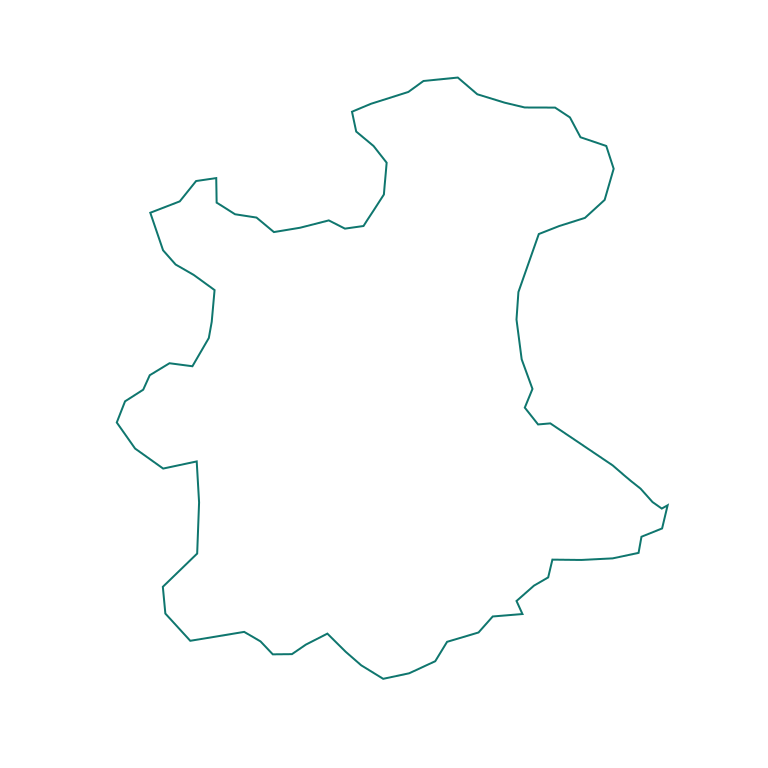 Kukës, Kukës, Albania (Robinson projection), rotated 78°
{"feature_id": "67620474B92464717887955", "entity_name": "Kukës", "entity_type": "district", "adm_level": 2, "iso_a3": "ALB", "parent_name": "Albania", "parent_adm1": "Kukës", "projection": "robinson", "projection_center": [20.374, 41.987], "detail": "fine", "context": "isolated", "style": "outline", "palette": "teal", "viewbox_px": 768, "rotation_deg": 78, "n_neighbors": 0, "source": "geoboundaries", "source_scale": "gbopen_adm2", "svg_char_len": 1375}
<svg xmlns="http://www.w3.org/2000/svg" viewBox="0 0 768 768"><g transform="rotate(78 384 384)"><path d="M111.0,358.7L131.3,358.7L149.1,344.7L157.7,340.5L168.1,335.4L178.3,338.5L189.3,341.9L198.6,344.7L212.1,358.1L220.1,366.2L225.2,371.2L223.9,389.9L222.2,392.0L212.5,404.0L213.7,433.6L212.5,460.1L194.7,474.1L187.0,494.4L182.0,499.5L176.6,505.0L171.8,510.0L160.6,507.8L147.7,505.3L146.4,525.6L162.9,545.8L167.9,577.0L207.3,572.3L223.8,563.0L237.8,547.4L256.9,530.2L287.4,539.6L302.6,545.8L326.8,567.7L319.1,589.5L326.7,611.3L339.5,620.7L347.1,640.9L366.1,653.4L395.4,640.9L420.8,617.6L420.8,583.3L461.4,589.5L511.0,602.0L536.4,642.5L563.1,645.6L594.9,626.9L597.4,572.3L610.1,558.3L625.3,549.0L629.1,530.2L622.7,514.7L616.4,491.3L637.9,477.2L654.4,464.8L672.2,446.1L672.2,419.6L665.8,391.5L649.3,375.9L646.7,343.2L634.0,326.0L637.8,296.4L623.8,299.5L612.4,279.2L607.3,263.6L590.8,255.8L597.1,227.8L602.1,196.6L602.1,170.1L586.9,163.9L583.1,142.0L561.6,131.8L563.6,138.2L555.3,145.9L539.7,154.8L530.4,162.5L523.1,168.2L511.2,177.2L457.1,229.5L455.6,241.7L436.4,251.2L419.7,239.8L388.5,244.2L348.5,241.0L322.0,233.4L269.5,201.4L265.9,179.7L263.3,152.9L249.8,129.9L221.2,114.6L197.4,117.1L183.5,140.5L161.9,146.7L149.2,159.2L142.8,188.8L133.9,207.5L120.0,232.5L99.6,248.1L95.8,282.4L103.4,299.5L107.2,338.5L111.0,358.7Z" fill="none" stroke="#0f766e" stroke-width="2"/></g></svg>